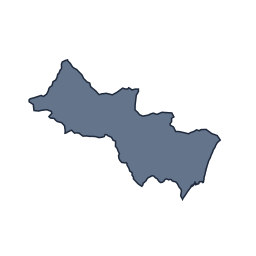 the district of Sanaga-Maritime, Littoral, Cameroon, rotated 245°
{"feature_id": "32672807B95558278906476", "entity_name": "Sanaga-Maritime", "entity_type": "district", "adm_level": 2, "iso_a3": "CMR", "parent_name": "Cameroon", "parent_adm1": "Littoral", "projection": "albers", "projection_center": [10.208, 3.947], "detail": "fine", "context": "isolated", "style": "filled", "palette": "slate", "viewbox_px": 256, "rotation_deg": 245, "n_neighbors": 0, "source": "geoboundaries", "source_scale": "gbopen_adm2", "svg_char_len": 3126}
<svg xmlns="http://www.w3.org/2000/svg" viewBox="0 0 256 256"><g transform="rotate(245 128 128)"><path d="M215.7,99.7L215.6,96.3L213.9,94.6L210.8,93.3L209.5,92.3L209.1,90.8L207.7,89.5L206.9,88.6L206.4,87.0L203.9,85.1L202.0,82.7L201.7,79.6L200.3,78.5L198.5,77.0L198.0,74.1L197.0,72.8L195.3,71.4L193.1,68.6L192.5,65.6L192.5,64.4L194.2,63.1L195.1,55.7L195.8,51.7L195.3,50.2L193.5,49.5L189.3,52.1L186.8,51.2L183.5,50.2L181.1,54.3L180.6,57.0L178.9,62.2L175.4,65.5L173.4,65.1L172.6,62.9L171.7,61.1L169.8,61.9L168.0,65.0L166.3,65.5L165.9,65.6L163.8,66.6L160.9,70.1L156.8,71.4L152.3,70.0L151.8,69.8L149.9,68.7L149.7,69.5L149.9,72.4L149.9,75.9L145.9,77.4L145.5,79.0L144.1,81.4L139.7,83.7L138.3,87.1L136.8,89.4L136.4,89.9L135.9,91.4L133.7,95.3L132.6,96.5L131.6,97.5L130.6,100.5L130.3,102.9L131.7,104.5L131.0,105.8L129.5,106.5L126.5,109.1L123.3,109.3L121.3,111.1L120.1,110.6L116.5,108.8L114.8,109.5L111.1,109.3L108.3,109.3L106.9,107.7L104.1,106.9L102.0,107.0L99.4,107.8L97.5,110.8L97.2,111.8L96.4,112.1L94.9,111.5L91.2,111.8L88.1,111.4L86.3,112.6L85.4,112.7L83.4,111.7L82.1,112.0L81.0,112.2L79.7,111.4L75.5,112.8L74.2,113.2L72.9,113.7L71.7,114.4L70.7,115.0L69.3,115.9L70.2,117.5L71.5,118.3L71.8,119.8L72.2,120.9L72.7,122.3L73.6,123.3L74.5,125.3L74.4,127.5L74.6,129.6L73.7,130.9L72.5,131.4L71.1,131.9L69.9,132.9L66.3,133.6L64.8,134.5L64.3,136.1L64.6,138.1L65.3,138.9L65.7,140.0L65.7,141.1L65.1,141.9L64.6,142.4L63.8,142.9L63.7,144.2L63.3,145.0L62.6,145.5L61.4,145.7L60.3,146.8L59.1,148.4L56.9,149.2L52.2,149.4L50.2,150.2L48.1,149.7L45.8,148.1L44.3,147.1L40.3,147.3L40.9,147.9L42.6,150.9L45.3,155.2L47.9,160.1L48.3,162.8L48.5,163.0L48.6,162.4L48.6,162.1L48.5,161.2L48.8,160.9L49.0,161.4L48.9,163.3L49.7,164.7L49.1,164.8L49.2,165.3L50.4,165.4L50.7,165.7L50.6,165.9L49.5,165.9L48.9,165.7L48.4,166.4L48.3,165.0L48.1,165.0L47.8,167.1L47.6,168.2L47.7,168.8L48.5,169.1L48.8,169.5L49.1,170.1L48.7,170.5L48.6,171.6L47.5,173.2L47.3,172.6L47.1,172.5L46.9,172.9L46.9,173.3L47.1,173.5L47.7,173.9L47.8,173.7L48.9,174.8L49.6,175.4L50.3,175.4L53.5,178.2L55.1,179.3L56.5,180.6L57.0,181.0L57.4,180.9L58.8,182.5L60.0,183.4L60.1,183.5L64.2,187.3L66.4,190.1L68.4,192.0L69.9,193.9L70.1,194.1L72.1,196.1L73.4,198.1L74.0,199.0L75.1,200.0L76.7,202.3L77.6,204.4L77.9,206.0L78.1,206.5L78.9,206.4L83.5,205.6L87.3,201.8L87.6,201.5L93.7,198.2L95.7,193.5L95.4,191.5L97.4,189.3L97.0,186.0L97.4,183.0L97.2,180.4L100.9,175.8L103.0,173.0L103.5,172.2L104.7,169.7L109.6,169.7L112.9,167.4L114.2,168.1L115.3,170.2L118.4,171.6L118.7,174.3L123.1,174.1L127.9,165.4L128.1,160.0L130.8,157.2L131.2,154.2L131.1,152.0L131.6,150.0L132.5,146.5L133.5,145.6L135.3,144.0L138.1,143.4L141.4,142.0L141.8,142.2L145.9,144.2L149.4,146.4L154.1,149.3L156.7,152.9L158.9,153.9L160.2,151.1L160.8,147.8L163.6,146.1L164.2,145.7L163.4,144.2L164.7,141.8L166.4,140.1L165.0,133.0L164.7,127.8L167.3,124.6L168.6,123.0L169.1,121.5L170.0,118.8L170.5,115.8L175.0,114.5L181.2,111.6L185.0,112.3L186.9,110.4L191.6,108.7L195.6,108.7L199.9,107.1L202.8,106.2L203.5,105.6L204.5,104.8L206.7,103.5L207.6,103.4L211.0,103.0L214.1,101.8L215.3,102.0L215.7,99.7Z" fill="#64748b" stroke="#1e293b" stroke-width="1.5"/></g></svg>